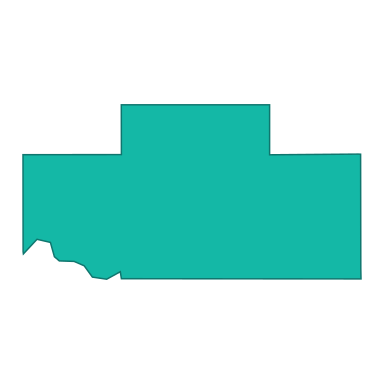 Payne, Oklahoma, United States of America (Natural Earth projection)
{"feature_id": "52423323B99692802996111", "entity_name": "Payne", "entity_type": "district", "adm_level": 2, "iso_a3": "USA", "parent_name": "United States of America", "parent_adm1": "Oklahoma", "projection": "natural_earth1", "projection_center": [-97.08, 36.094], "detail": "fine", "context": "isolated", "style": "filled", "palette": "teal", "viewbox_px": 384, "rotation_deg": 0, "n_neighbors": 0, "source": "geoboundaries", "source_scale": "gbopen_adm2", "svg_char_len": 398}
<svg xmlns="http://www.w3.org/2000/svg" viewBox="0 0 384 384"><path d="M121.4,278.7L361.0,278.9L360.8,268.8L360.6,154.2L358.3,154.1L269.6,154.8L269.6,104.8L220.7,104.8L121.3,104.8L121.4,154.6L23.0,154.7L23.1,251.6L23.4,253.9L37.0,239.3L50.4,242.4L54.4,256.7L59.3,260.9L74.1,261.4L84.2,265.8L92.4,277.1L106.7,279.2L120.3,271.7L121.4,278.7Z" fill="#14b8a6" stroke="#0f766e" stroke-width="1.5"/></svg>